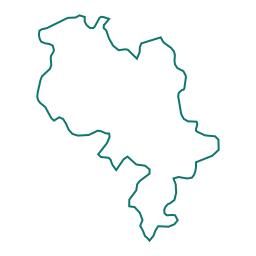 Asti, Robinson projection
{"feature_id": "ITA-5440", "entity_name": "Asti", "entity_type": "Province", "adm_level": 1, "iso_a3": "ITA", "parent_name": "Italy", "parent_adm1": "", "projection": "robinson", "projection_center": [8.197, 44.827], "detail": "fine", "context": "isolated", "style": "outline", "palette": "teal", "viewbox_px": 256, "rotation_deg": 0, "n_neighbors": 0, "source": "natural_earth", "source_scale": "10m", "svg_char_len": 1850}
<svg xmlns="http://www.w3.org/2000/svg" viewBox="0 0 256 256"><path d="M77.9,135.6L72.4,133.9L68.7,129.8L66.1,123.8L63.1,119.0L59.3,117.3L54.0,120.6L51.2,118.0L45.3,107.1L40.4,103.1L38.5,100.8L37.3,97.3L37.6,92.9L40.5,80.1L41.9,76.4L50.0,68.8L51.3,64.9L50.7,58.2L51.1,55.7L53.5,51.8L53.9,50.1L52.8,45.7L49.4,44.0L45.0,43.3L41.2,41.7L39.7,38.9L38.9,34.7L39.4,30.8L41.9,29.2L46.7,28.2L67.7,17.9L75.6,17.5L79.5,15.4L84.8,17.0L84.6,21.2L86.5,25.0L89.5,27.7L93.1,28.2L94.7,26.7L99.5,17.9L101.3,16.8L104.0,17.2L109.1,18.9L104.6,24.4L104.0,24.7L103.6,27.7L104.4,28.9L105.6,29.6L106.5,31.1L109.0,38.5L113.1,45.7L118.6,50.2L125.1,49.3L127.8,49.7L136.9,58.7L139.6,52.3L139.9,47.1L141.3,43.4L160.7,37.4L163.5,42.4L171.1,47.9L174.0,51.5L174.9,55.1L174.5,61.1L175.0,64.5L177.4,68.1L183.3,71.1L185.6,75.3L185.9,77.3L184.4,88.1L184.1,88.9L183.9,89.3L183.6,89.6L183.2,89.8L182.4,89.8L182.2,89.9L181.7,90.2L179.1,92.5L178.6,93.4L178.2,96.4L181.2,114.1L183.7,118.8L187.9,121.3L196.6,121.7L197.3,123.5L196.9,126.0L196.1,128.7L196.0,130.6L197.1,131.7L205.1,135.4L215.1,136.3L218.4,139.7L218.7,149.8L212.4,155.7L195.9,162.3L196.1,166.1L195.5,170.6L194.1,174.8L192.0,177.6L187.2,178.5L178.5,177.0L173.5,178.5L175.7,184.4L176.2,192.6L174.5,199.9L170.2,203.2L167.8,204.2L165.6,206.6L164.2,209.8L164.5,213.2L166.7,215.3L172.7,214.9L175.1,215.3L177.7,220.2L174.4,224.3L168.5,226.7L158.2,226.2L155.6,230.2L153.4,235.9L149.5,240.6L148.0,238.7L144.9,235.9L142.9,230.7L140.2,225.9L142.5,220.1L139.8,212.8L134.6,207.1L129.2,206.3L129.3,199.6L136.3,190.3L137.2,184.3L139.5,181.2L149.5,173.7L149.6,169.4L145.0,165.7L136.3,164.5L127.5,156.6L123.6,159.3L116.2,170.1L112.8,165.4L111.5,162.7L110.7,159.9L108.7,157.8L101.0,157.0L98.2,154.3L107.1,143.0L109.6,136.8L109.1,133.5L106.0,133.4L100.7,131.1L97.7,130.7L88.7,135.0L77.9,135.6Z" fill="none" stroke="#0f766e" stroke-width="2"/></svg>